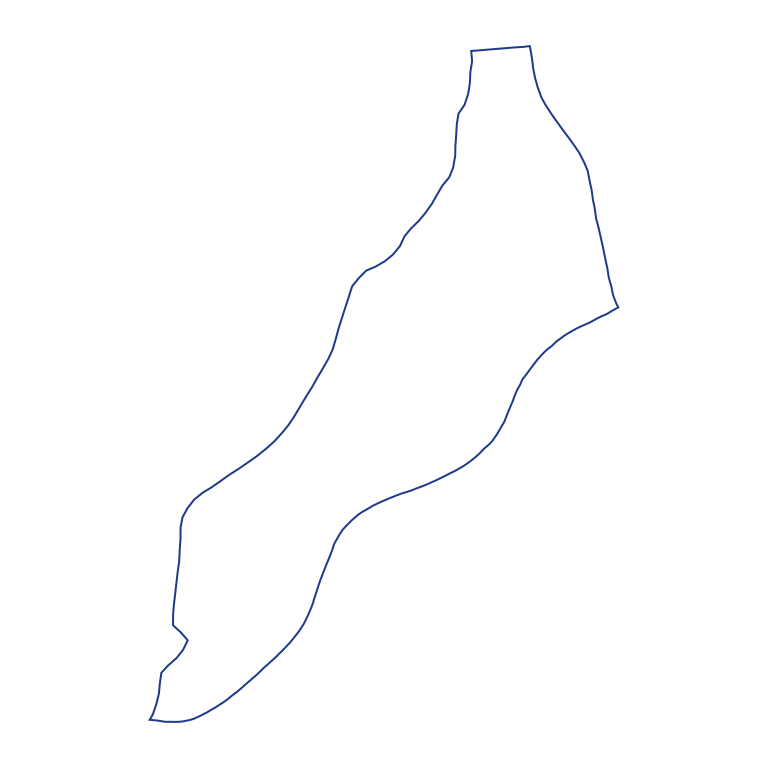 the district of Rakhyah, Hadramawt, Yemen
{"feature_id": "15242507B88244220380617", "entity_name": "Rakhyah", "entity_type": "district", "adm_level": 2, "iso_a3": "YEM", "parent_name": "Yemen", "parent_adm1": "Hadramawt", "projection": "albers", "projection_center": [47.778, 15.473], "detail": "fine", "context": "isolated", "style": "outline", "palette": "blue", "viewbox_px": 768, "rotation_deg": 0, "n_neighbors": 0, "source": "geoboundaries", "source_scale": "gbopen_adm2", "svg_char_len": 4186}
<svg xmlns="http://www.w3.org/2000/svg" viewBox="0 0 768 768"><path d="M471.2,51.0L472.1,61.1L471.3,66.4L470.9,68.7L470.4,71.6L469.9,82.9L468.4,92.6L468.2,93.7L464.6,104.7L458.5,113.7L456.8,124.1L456.2,134.8L455.6,143.7L455.4,145.2L455.2,155.9L453.2,167.3L452.5,169.2L449.2,177.4L442.5,185.4L437.2,194.4L431.9,203.8L429.6,207.0L425.6,212.7L418.8,220.8L411.2,228.3L409.5,230.3L404.5,236.3L399.8,246.4L398.8,247.5L392.8,254.7L384.6,261.4L378.3,265.0L375.7,266.6L374.5,267.1L366.2,270.6L358.8,278.1L352.2,286.2L350.5,291.4L348.9,296.6L345.4,307.2L342.0,317.7L339.8,324.7L338.7,328.0L335.9,338.5L334.0,345.0L332.8,349.2L328.2,359.1L322.8,368.5L317.4,377.6L316.2,379.7L311.9,387.4L310.5,389.6L305.9,396.9L300.2,406.4L294.1,416.7L289.7,423.2L288.1,425.5L283.6,431.0L281.4,433.6L274.0,441.7L265.3,449.4L256.5,456.4L247.7,462.6L238.4,469.0L234.6,471.4L229.0,475.0L224.8,478.0L220.7,481.0L213.0,486.3L211.6,487.3L211.0,487.7L202.7,492.7L196.3,497.9L194.1,499.7L190.2,504.7L187.6,508.0L182.5,517.3L180.6,527.5L180.5,532.1L180.5,532.6L180.5,538.8L179.7,550.4L179.2,561.1L178.4,566.9L177.7,571.7L176.5,582.4L175.9,587.3L175.2,593.5L174.0,603.9L173.1,614.5L173.1,615.4L173.0,625.2L180.8,632.4L187.7,640.3L183.1,649.8L176.6,658.0L169.1,664.6L168.4,665.1L161.3,672.9L159.9,683.2L159.5,686.8L158.9,693.6L158.3,696.0L157.6,698.9L156.3,704.3L154.6,709.3L152.9,714.2L150.7,718.1L149.7,719.8L151.7,720.0L156.2,720.4L160.8,721.1L165.4,721.8L168.2,721.8L170.0,721.8L172.8,721.9L177.3,721.9L182.0,721.5L183.1,721.4L185.0,721.0L188.9,720.2L190.1,719.9L193.8,718.8L194.9,718.3L198.4,716.7L202.7,714.6L203.9,713.9L206.8,712.5L209.4,710.9L211.7,709.5L216.0,707.1L220.0,704.4L223.4,702.3L228.0,698.9L229.1,698.0L232.0,695.6L237.3,691.7L238.5,690.6L240.4,689.0L246.2,683.8L251.5,679.3L252.0,678.8L256.8,674.7L258.4,673.1L260.2,671.4L262.8,668.8L264.2,667.5L269.1,663.2L273.2,659.5L274.7,658.1L277.0,655.9L278.1,654.8L279.2,653.7L282.2,650.8L283.8,649.1L286.8,646.0L290.5,642.0L293.6,638.1L298.1,632.4L298.9,631.4L303.3,624.7L304.2,622.9L305.5,620.4L306.1,619.2L308.0,615.2L309.9,610.9L311.5,607.0L313.1,602.7L313.9,599.7L314.3,598.4L315.9,593.5L316.8,591.0L317.5,588.6L319.1,583.7L320.4,580.0L320.7,579.1L321.4,577.5L322.3,574.9L322.7,574.0L323.9,570.9L326.4,564.5L326.7,563.6L327.0,563.1L328.3,559.9L329.0,558.2L330.9,553.5L332.4,549.5L334.0,544.3L335.7,541.2L336.9,539.1L340.0,533.6L340.9,532.4L342.5,530.0L343.1,529.3L346.6,525.4L350.0,522.1L352.1,520.0L353.8,518.5L355.2,517.3L358.3,514.6L361.7,512.3L362.9,511.5L364.0,511.0L367.8,508.8L372.2,506.1L376.5,504.0L380.8,501.9L385.7,499.9L390.6,497.8L395.8,495.7L401.3,493.6L403.3,493.0L406.3,492.1L408.5,491.4L411.5,490.4L416.7,488.3L421.6,486.5L422.5,486.2L426.2,484.7L430.8,482.6L432.6,481.8L435.4,480.6L440.4,478.2L443.2,476.8L444.7,476.1L448.7,474.0L456.0,470.4L460.6,467.7L462.8,466.5L469.3,462.0L473.6,458.6L474.8,457.7L479.2,453.8L484.0,448.8L484.1,448.6L489.1,444.4L492.2,441.1L496.3,435.3L497.1,434.0L498.4,431.9L501.9,425.8L504.1,422.2L504.8,420.5L505.7,418.2L507.2,414.2L507.6,413.5L509.1,409.7L510.3,406.8L511.0,405.1L512.9,400.8L514.5,396.2L516.0,392.7L517.0,390.1L518.0,388.5L520.2,384.6L522.4,379.4L524.0,377.4L526.4,374.3L529.5,370.0L530.6,368.6L533.6,364.6L536.2,361.2L537.6,359.4L541.7,354.8L544.9,351.6L546.6,350.0L548.7,348.3L551.6,346.1L555.3,342.6L556.8,341.2L559.9,338.9L562.1,337.3L564.6,335.5L566.4,334.3L571.0,331.6L572.1,331.0L576.3,328.6L582.7,325.6L589.4,322.7L589.5,322.6L593.5,320.5L597.2,318.4L602.1,316.0L604.1,315.2L607.0,313.9L611.9,310.9L616.2,308.5L618.3,307.4L616.4,303.8L613.2,295.5L612.1,290.5L611.5,287.2L610.5,283.7L608.8,277.6L607.2,267.5L606.8,265.8L605.6,260.3L605.2,258.2L604.0,252.6L602.9,246.8L602.0,243.1L600.9,237.9L599.3,231.2L598.9,229.0L597.0,221.8L596.2,219.1L594.6,207.7L593.1,200.5L592.9,199.1L591.5,189.3L589.5,180.3L589.2,178.7L587.8,171.1L584.2,162.5L579.5,153.2L574.7,146.1L572.7,143.3L569.3,138.6L565.1,133.0L563.3,130.6L559.0,124.6L557.7,122.8L555.4,119.7L552.0,114.8L545.8,105.3L545.7,105.2L545.4,104.7L541.5,97.7L539.5,92.1L537.7,87.3L535.1,78.0L533.1,67.9L532.8,64.9L532.0,58.6L530.3,48.5L529.7,46.1L526.0,46.5L523.7,46.9L514.8,47.4L471.2,51.0Z" fill="none" stroke="#1e3a8a" stroke-width="2"/></svg>